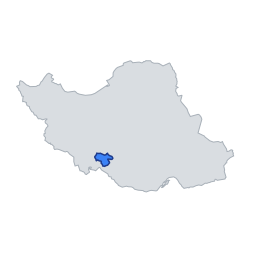 where Kohgiluyeh and Buyer Ahmad sits in Iran, rotated 341°
{"feature_id": "IRN-3209", "entity_name": "Kohgiluyeh and Buyer Ahmad", "entity_type": "Province", "adm_level": 1, "iso_a3": "IRN", "parent_name": "Iran", "parent_adm1": "", "projection": "albers", "projection_center": [50.792, 30.816], "detail": "fine", "context": "in_parent", "style": "filled", "palette": "blue", "viewbox_px": 256, "rotation_deg": 341, "n_neighbors": 0, "source": "natural_earth", "source_scale": "10m", "svg_char_len": 4327}
<svg xmlns="http://www.w3.org/2000/svg" viewBox="0 0 256 256"><g transform="rotate(341 128 128)"><path d="M123.3,76.1L125.8,76.2L130.3,74.5L130.7,74.2L131.9,71.0L133.4,69.6L136.1,67.9L137.8,67.3L143.9,67.2L144.3,65.9L145.3,65.2L152.0,65.2L153.1,66.1L153.6,67.8L159.2,69.1L160.4,69.5L161.8,70.7L163.0,71.0L164.4,70.3L165.3,70.7L166.8,70.2L171.2,71.8L171.9,73.7L172.8,74.5L173.8,75.3L177.4,76.5L178.5,77.3L181.3,80.7L188.3,80.0L188.8,80.8L188.8,82.3L189.6,85.9L189.2,87.3L190.2,88.5L190.3,90.8L190.9,92.4L190.2,94.7L189.5,95.2L190.1,97.1L189.6,99.1L189.7,99.8L188.8,101.5L188.7,102.2L186.8,103.9L188.5,105.9L186.3,106.3L185.0,108.8L185.6,111.5L185.4,113.0L185.7,113.8L186.3,114.3L189.5,114.6L189.6,114.9L186.6,119.3L186.9,120.9L190.0,129.0L190.0,133.1L190.7,137.4L198.8,137.9L199.8,138.9L200.6,141.2L200.7,142.9L200.6,143.9L192.6,155.5L197.6,160.5L197.9,161.7L201.2,166.7L204.1,169.1L208.8,170.1L211.0,171.9L212.9,171.6L213.0,174.3L214.3,179.8L214.0,182.5L215.7,182.8L218.1,182.2L219.1,182.5L219.7,183.4L219.1,184.0L219.4,186.2L218.8,186.7L218.8,188.8L215.1,189.3L211.8,190.6L210.6,191.5L210.0,193.1L208.9,193.0L208.5,193.6L206.2,194.9L205.7,199.2L204.9,200.3L204.7,206.5L204.2,206.6L203.1,207.8L195.3,206.5L194.4,205.1L193.6,204.9L192.6,206.4L188.8,205.9L187.5,206.2L186.7,205.9L184.6,206.0L183.0,205.3L178.9,206.3L176.3,204.9L173.5,204.7L170.2,205.0L167.5,204.0L166.1,204.5L165.4,203.8L161.3,203.3L159.9,200.6L159.8,199.3L158.7,197.0L158.1,193.6L157.1,191.1L155.3,189.1L150.7,188.2L148.4,188.9L146.7,190.2L143.8,191.0L141.6,193.4L140.3,193.2L135.1,196.6L134.0,196.6L129.9,194.6L128.1,194.3L124.5,194.4L122.5,193.1L121.9,192.1L117.2,190.0L114.3,188.0L113.4,186.1L112.1,184.8L109.3,183.7L107.6,182.5L103.3,182.1L100.2,179.1L100.2,178.2L98.4,174.9L98.0,172.5L97.6,171.9L96.1,170.9L95.9,170.3L96.2,168.8L94.3,167.8L94.0,167.1L94.0,164.8L89.4,159.2L88.5,156.1L87.6,155.9L83.5,157.9L82.3,156.8L78.7,154.8L78.2,154.0L79.1,153.7L80.0,154.0L80.5,153.6L80.3,152.9L79.4,152.5L78.2,152.5L78.5,153.2L77.4,153.7L77.1,154.5L77.3,156.8L76.8,157.5L74.9,157.8L73.7,158.5L72.6,157.7L72.3,156.0L71.7,154.9L70.7,154.4L70.0,153.4L68.7,152.8L68.8,146.9L65.6,146.7L65.8,142.3L67.3,137.9L64.4,133.9L63.2,130.8L62.4,130.2L60.8,130.2L55.8,125.9L54.0,124.8L51.6,124.4L51.3,122.9L52.0,121.4L50.9,119.3L50.6,118.6L49.6,118.3L49.7,117.0L48.4,117.1L46.1,113.4L45.4,112.8L46.9,110.2L46.0,107.9L46.7,106.1L48.0,106.2L48.4,103.7L50.8,101.3L52.8,100.3L53.0,99.5L52.7,98.1L51.5,96.3L51.7,94.9L52.2,94.2L54.2,93.4L54.3,93.1L53.4,92.6L49.9,92.4L48.0,90.6L46.2,90.1L45.3,86.2L45.0,85.8L44.2,85.6L43.7,84.9L43.5,82.3L42.3,81.2L41.5,77.4L41.5,76.5L41.8,75.7L39.9,74.0L39.8,71.5L40.3,70.9L38.1,69.0L37.1,68.9L37.0,68.6L38.7,64.8L39.4,64.0L38.1,63.3L38.2,61.4L37.9,59.8L38.1,58.4L37.3,57.2L37.1,56.5L37.5,54.9L36.7,54.0L36.3,52.3L39.6,52.0L40.3,49.3L41.5,48.2L43.4,49.7L46.0,54.2L47.6,55.5L48.8,57.0L54.8,58.8L56.1,58.4L58.2,58.6L60.9,56.0L62.1,55.7L65.3,53.1L69.1,50.7L71.1,50.4L73.8,53.6L72.2,54.5L71.9,55.3L72.1,56.0L73.3,56.9L73.5,57.8L73.0,58.2L71.3,58.6L70.9,59.5L72.6,61.0L73.5,62.2L74.5,62.6L76.0,64.5L78.4,64.3L78.9,69.0L80.2,72.8L82.7,74.5L89.5,75.8L90.2,76.6L91.3,78.7L93.1,80.2L98.3,83.2L104.1,84.6L108.0,84.5L122.1,80.8L123.4,80.7L121.3,81.6L122.1,82.0L124.0,81.9L124.4,81.6L124.4,81.0L123.3,76.1ZM149.2,191.3L148.3,192.7L147.0,193.9L145.9,193.6L141.7,195.4L140.6,195.4L140.4,194.9L145.0,192.8L145.2,192.2L144.9,191.2L146.4,191.6L148.0,190.7L149.4,190.4L150.1,191.0L149.2,191.3Z" fill="#d9dde1" stroke="#a8b0b8" stroke-width="1"/><path d="M100.4,145.3L100.4,146.1L101.0,147.4L102.0,148.5L103.3,149.5L103.5,149.7L103.8,151.1L103.8,151.6L103.6,151.9L103.1,152.2L102.6,152.4L101.5,152.1L101.2,151.9L101.0,151.6L100.7,151.6L99.6,151.1L98.8,150.9L98.7,151.0L98.8,152.0L99.1,152.8L99.2,153.1L99.0,153.3L99.1,153.6L99.3,153.9L99.3,154.5L99.1,155.0L96.6,156.5L96.2,156.5L94.5,156.4L93.6,156.7L93.4,156.5L93.0,156.3L91.9,155.9L91.8,154.1L91.6,153.4L91.3,153.0L91.2,152.4L91.8,151.1L91.6,150.5L91.1,150.2L90.1,149.7L89.4,148.9L89.0,148.4L87.4,148.6L87.3,148.3L87.4,148.0L87.5,147.6L87.5,147.0L87.1,145.4L87.1,144.8L87.2,144.4L87.5,144.1L87.8,143.9L88.5,143.6L89.7,142.5L90.3,141.7L91.0,142.1L92.7,142.8L93.2,142.8L93.5,142.8L97.0,146.0L97.3,146.0L98.4,146.1L98.9,145.8L99.4,145.4L100.0,145.3L100.4,145.3Z" fill="#3b82f6" stroke="#1e3a8a" stroke-width="1.5"/></g></svg>